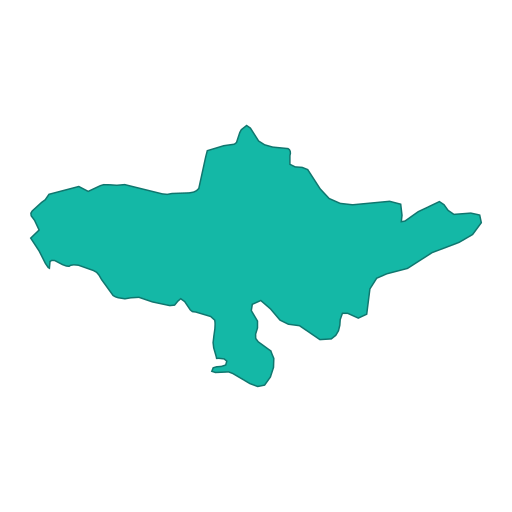 outline of Andijon
{"feature_id": "UZB-363", "entity_name": "Andijon", "entity_type": "Region", "adm_level": 1, "iso_a3": "UZB", "parent_name": "Uzbekistan", "parent_adm1": "", "projection": "orthographic", "projection_center": [72.284, 40.729], "detail": "fine", "context": "isolated", "style": "filled", "palette": "teal", "viewbox_px": 512, "rotation_deg": 0, "n_neighbors": 0, "source": "natural_earth", "source_scale": "10m", "svg_char_len": 1977}
<svg xmlns="http://www.w3.org/2000/svg" viewBox="0 0 512 512"><path d="M246.6,125.5L250.4,128.1L258.6,141.0L264.6,144.8L272.7,147.1L288.0,148.6L289.4,149.7L290.2,151.3L290.4,153.3L289.9,155.6L289.9,164.3L295.1,166.9L302.2,167.4L307.7,169.6L320.1,188.8L329.1,198.5L340.2,203.4L352.6,204.8L389.6,201.3L400.7,204.2L402.0,215.3L401.3,221.7L404.9,221.1L418.2,211.7L439.4,201.6L444.0,204.7L448.0,210.3L453.9,214.4L470.8,213.1L477.3,214.5L479.7,215.1L481.3,222.7L472.6,234.5L459.0,242.4L432.1,252.6L407.5,268.4L386.8,273.8L376.7,278.2L369.9,288.9L366.7,314.2L358.3,318.1L347.7,313.3L342.4,313.3L340.2,319.6L339.8,325.3L338.5,330.7L335.8,335.3L331.3,338.9L319.9,339.6L299.5,325.7L288.3,324.2L280.0,320.1L270.5,308.9L260.8,300.5L252.3,304.3L251.3,310.6L257.5,321.1L257.5,327.9L255.6,334.1L255.7,338.4L258.2,341.8L270.7,350.9L270.8,350.9L272.0,354.1L273.8,358.4L273.8,358.5L273.5,367.4L270.4,377.0L264.6,385.1L257.7,386.5L249.9,383.6L232.8,373.5L228.6,371.9L215.5,372.5L211.8,371.3L213.2,367.8L216.5,366.8L221.5,366.4L225.7,365.0L226.8,361.1L224.1,358.9L218.8,358.3L216.6,358.4L216.2,356.5L213.7,347.8L213.1,342.6L213.9,335.8L214.9,328.7L215.1,324.2L215.0,322.1L214.7,320.1L210.7,316.5L195.7,312.0L192.4,311.6L190.3,309.9L184.7,301.6L180.7,298.7L177.8,301.2L174.6,305.1L169.8,305.6L152.4,301.9L138.9,297.3L130.7,297.8L124.9,298.8L118.1,297.7L115.4,296.8L113.1,295.5L101.6,279.6L99.0,275.1L96.6,272.3L93.4,270.5L78.4,265.2L73.8,264.8L70.6,265.3L69.1,266.3L66.3,266.0L62.5,264.6L54.7,260.5L51.7,260.4L50.0,261.5L49.4,268.2L48.2,267.5L45.4,263.4L39.2,251.1L30.7,238.1L39.1,230.0L34.6,220.4L31.2,215.8L30.9,213.2L32.2,211.0L41.6,202.4L45.2,199.8L49.0,194.3L78.8,186.5L88.2,191.4L100.3,185.7L103.6,184.7L109.9,184.8L116.8,185.3L124.7,184.6L162.3,193.9L167.3,194.4L172.0,193.5L189.2,192.9L193.6,192.1L195.3,191.3L196.6,190.6L198.8,188.5L205.7,156.9L207.3,150.7L223.8,145.7L234.4,144.2L236.5,142.5L239.8,132.5L241.3,129.7L246.6,125.5Z" fill="#14b8a6" stroke="#0f766e" stroke-width="1.5"/></svg>